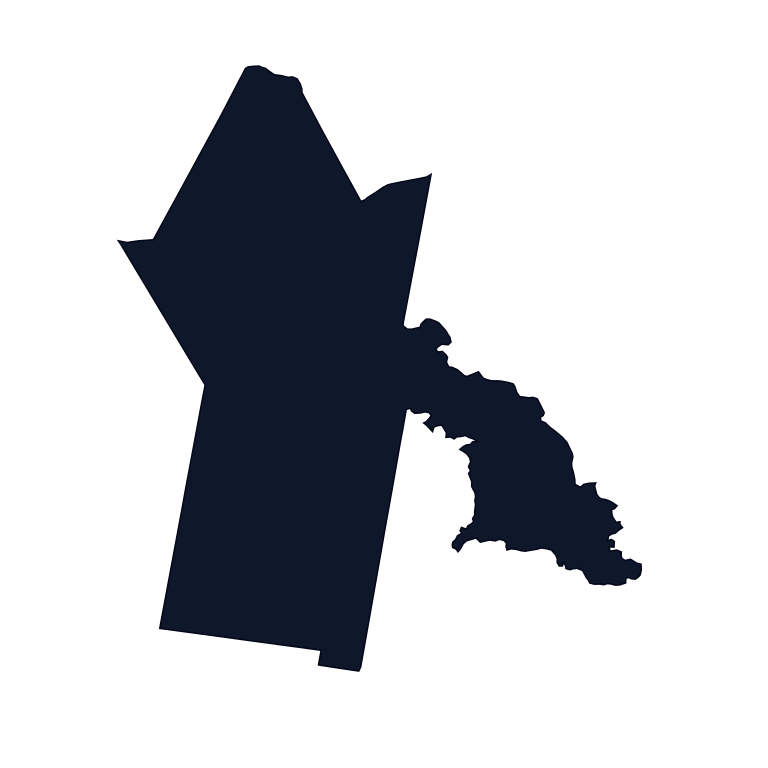 Bacabal, Maranhão, Brazil, rotated 101°
{"feature_id": "56859067B39031921407677", "entity_name": "Bacabal", "entity_type": "district", "adm_level": 2, "iso_a3": "BRA", "parent_name": "Brazil", "parent_adm1": "Maranhão", "projection": "natural_earth1", "projection_center": [-44.74, -4.12], "detail": "fine", "context": "isolated", "style": "filled", "palette": "ink", "viewbox_px": 768, "rotation_deg": 101, "n_neighbors": 0, "source": "geoboundaries", "source_scale": "gbopen_adm2", "svg_char_len": 3689}
<svg xmlns="http://www.w3.org/2000/svg" viewBox="0 0 768 768"><g transform="rotate(101 384 384)"><path d="M672.3,394.7L671.8,381.2L671.4,371.7L670.6,354.0L666.1,352.9L633.3,353.4L549.2,354.9L523.5,355.4L487.7,355.9L439.7,356.8L431.4,356.9L425.9,356.9L404.6,357.3L402.8,353.4L405.3,351.8L406.9,348.3L405.7,343.3L403.5,338.3L403.6,334.1L405.9,331.7L408.6,332.7L412.8,335.2L414.7,337.6L416.2,334.6L419.3,330.3L421.5,327.3L416.6,326.7L414.6,323.3L413.4,319.3L420.0,313.4L424.6,313.0L423.3,308.6L424.6,304.7L422.0,302.4L420.8,298.2L419.0,294.3L420.3,290.5L420.9,285.5L422.3,281.8L424.0,286.1L427.0,287.8L427.9,291.2L430.3,294.3L433.8,297.1L435.0,293.4L436.7,289.5L440.0,285.9L443.8,284.1L449.1,285.3L452.6,282.5L455.7,283.9L463.0,279.3L467.8,278.4L473.7,273.8L477.4,272.6L481.1,272.6L484.5,271.2L488.6,270.9L492.0,270.7L495.3,269.9L499.2,271.4L502.2,269.8L504.7,271.7L507.2,274.6L510.7,275.5L510.0,280.6L513.6,281.3L515.5,279.0L518.9,282.9L523.3,284.1L525.8,286.2L528.5,286.4L531.4,285.4L532.4,281.5L534.6,279.4L531.5,277.6L528.4,276.6L525.7,275.8L522.1,273.0L519.6,268.1L517.6,264.2L520.9,259.3L518.5,253.9L517.0,250.6L516.8,244.7L514.4,241.2L514.7,236.2L517.0,233.3L520.1,233.3L523.5,231.6L521.5,227.6L521.1,222.2L521.5,217.3L521.2,213.5L519.2,208.3L517.1,202.6L514.9,198.2L514.7,192.1L515.1,187.9L519.2,182.7L522.7,180.4L525.9,180.1L529.2,177.3L528.6,174.0L525.5,174.5L527.2,171.3L530.5,170.1L530.8,166.0L529.3,163.3L528.1,159.4L529.1,153.6L532.8,150.5L535.4,148.6L537.3,146.2L540.1,144.0L540.4,139.3L539.2,133.9L539.1,130.0L537.4,126.8L537.0,123.4L537.3,118.2L536.2,114.2L533.2,108.8L529.6,109.5L527.1,107.8L528.0,104.0L527.6,100.1L525.2,97.7L522.6,96.1L518.0,95.9L511.8,97.3L511.6,102.0L509.0,108.5L511.2,113.7L509.7,117.3L506.9,118.5L503.6,119.0L502.6,124.0L505.1,130.4L500.8,131.7L500.3,127.1L494.6,127.9L493.2,131.0L495.1,134.7L490.0,134.4L487.7,131.6L486.1,128.3L482.9,125.9L479.5,122.4L476.8,125.6L474.2,126.1L475.5,129.7L471.8,133.4L469.5,134.9L466.9,135.9L463.8,136.6L462.4,133.9L459.0,132.0L456.8,137.1L455.6,141.1L455.1,145.2L455.3,148.6L454.2,151.5L451.6,154.2L447.8,156.0L443.8,157.8L440.7,157.3L442.3,163.8L444.5,168.9L447.8,171.3L446.1,177.3L441.3,178.5L437.6,180.0L434.8,181.2L429.6,183.8L426.1,184.8L419.4,184.7L416.2,186.0L410.7,190.1L406.5,193.2L402.2,198.8L397.6,207.2L394.7,213.1L391.3,218.3L390.4,222.9L386.9,224.2L384.5,221.7L381.6,221.2L371.7,228.8L369.3,230.7L368.7,235.4L369.9,239.1L370.4,248.5L366.9,252.1L361.6,255.0L359.3,257.1L358.8,261.8L358.8,269.3L359.2,273.0L360.4,278.8L360.1,283.5L359.3,287.8L354.0,293.6L356.3,297.0L358.6,300.6L360.8,304.0L360.3,307.3L358.1,310.7L355.9,315.0L354.6,320.4L354.9,323.7L350.7,326.9L345.7,326.7L343.5,328.8L340.9,332.9L342.2,336.8L340.8,339.5L337.9,338.8L333.9,334.9L333.3,328.6L330.1,326.2L325.7,328.1L322.4,331.3L319.7,333.6L313.7,341.6L312.7,344.5L311.5,351.4L312.4,355.2L318.0,359.0L321.5,359.5L323.1,363.3L324.8,366.9L325.7,371.5L323.0,376.6L318.7,376.8L283.1,377.0L224.1,377.3L169.2,377.8L172.7,381.7L175.0,387.2L176.6,391.1L182.3,405.6L184.5,410.7L186.3,415.2L188.0,418.6L191.4,422.7L198.2,429.4L203.7,435.3L206.9,437.9L209.2,441.5L191.7,456.0L181.1,464.9L145.8,494.1L113.4,520.3L110.3,520.8L105.7,523.3L101.1,527.4L100.0,532.4L101.2,536.5L100.9,543.5L101.3,550.8L99.1,555.9L96.7,560.6L96.6,564.1L95.7,567.2L97.1,573.0L98.6,577.8L100.6,580.2L154.3,596.1L158.3,597.4L199.3,610.4L227.0,619.1L286.4,638.0L290.4,652.6L294.1,663.2L294.1,672.1L296.9,669.3L360.1,612.5L384.6,590.5L409.7,567.9L419.0,559.4L432.0,559.4L435.4,559.4L496.9,558.9L500.5,558.9L530.1,558.7L539.7,558.5L576.1,558.2L666.7,557.5L664.9,526.7L664.6,521.6L661.3,462.9L657.4,394.9L672.3,394.7Z" fill="#0f172a" stroke="#020617" stroke-width="1.5"/></g></svg>